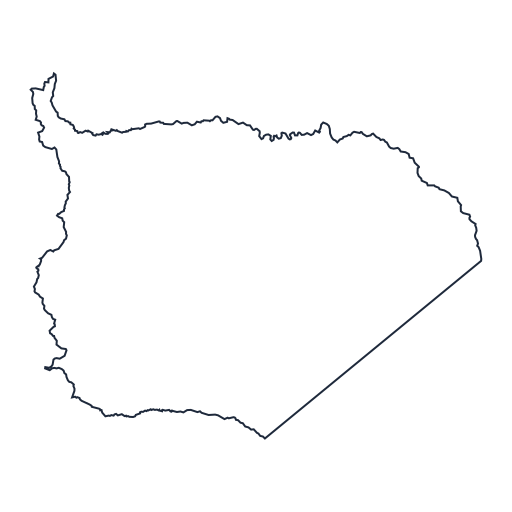 outline of Ñorquín, Neuquén, Argentina
{"feature_id": "61730980B83392374898421", "entity_name": "Ñorquín", "entity_type": "district", "adm_level": 2, "iso_a3": "ARG", "parent_name": "Argentina", "parent_adm1": "Neuquén", "projection": "mercator", "projection_center": [-70.939, -37.623], "detail": "fine", "context": "isolated", "style": "outline", "palette": "slate", "viewbox_px": 512, "rotation_deg": 0, "n_neighbors": 0, "source": "geoboundaries", "source_scale": "gbopen_adm2", "svg_char_len": 5887}
<svg xmlns="http://www.w3.org/2000/svg" viewBox="0 0 512 512"><path d="M53.9,73.5L53.1,76.5L48.5,78.9L48.4,82.4L45.0,82.0L44.3,83.7L44.6,85.8L43.8,87.0L43.2,90.1L35.7,88.4L31.8,88.6L30.7,89.7L32.9,91.9L33.3,93.9L32.2,98.0L32.6,103.2L33.3,104.8L34.7,105.9L34.8,109.0L36.2,110.4L36.0,113.7L36.7,116.6L35.7,119.8L39.9,121.1L41.0,122.5L40.8,123.9L41.6,125.3L43.3,126.0L44.1,127.6L42.2,131.1L38.1,132.6L39.4,136.5L39.1,139.5L39.7,141.5L42.1,142.0L43.2,145.6L45.3,147.1L51.9,149.0L54.5,147.5L56.3,149.5L57.4,157.0L59.1,161.4L58.9,163.5L60.0,164.6L59.9,165.8L60.6,166.9L60.5,168.3L62.2,170.8L64.8,171.3L65.9,172.2L66.5,174.2L69.0,176.9L69.2,181.5L69.7,182.1L68.8,184.3L69.3,185.5L68.8,187.9L69.2,190.7L70.0,192.0L67.4,194.9L68.0,198.5L65.7,201.6L65.8,203.3L64.9,205.2L64.4,207.4L64.8,208.3L64.0,209.4L64.0,210.9L61.2,212.1L59.2,213.9L58.1,213.9L57.0,215.6L59.1,217.2L62.2,218.3L62.7,220.7L64.2,222.2L63.7,227.1L66.1,231.9L66.0,233.8L66.8,235.4L66.0,238.7L64.1,240.2L63.5,242.1L58.5,248.9L54.2,250.3L53.3,251.5L50.3,250.0L47.1,251.4L42.1,257.8L40.1,258.6L41.1,259.2L41.1,261.0L39.7,264.7L38.8,265.4L38.6,266.3L37.7,266.2L36.3,267.4L36.6,268.3L38.3,269.3L38.4,270.7L37.4,271.7L38.8,275.2L38.1,278.1L37.2,279.0L36.5,282.3L33.9,286.6L34.9,289.0L34.5,291.3L35.1,292.4L38.7,294.6L40.0,296.7L42.9,298.5L42.4,302.5L42.7,303.8L44.4,305.9L44.0,308.6L44.8,310.1L48.1,313.3L51.4,314.8L51.9,317.1L53.0,318.9L55.2,319.7L54.1,323.6L54.7,324.2L54.9,326.3L53.5,326.9L49.6,330.7L50.1,333.3L51.6,334.1L53.0,335.9L54.1,336.0L54.5,337.8L56.8,340.8L56.5,344.6L61.4,348.4L65.8,349.0L66.5,350.3L64.6,355.8L59.7,358.7L56.6,358.1L54.8,358.5L53.5,359.6L52.6,364.7L51.5,366.3L49.2,367.8L45.3,367.1L45.1,368.4L49.7,370.2L52.1,368.3L54.4,367.9L56.5,368.4L58.8,367.8L61.8,369.1L63.6,370.6L64.4,373.1L66.1,374.4L66.5,377.0L67.9,380.3L69.3,381.9L71.3,382.3L73.8,384.5L73.4,386.0L74.5,388.7L74.4,390.9L72.1,397.4L75.1,396.7L76.4,397.7L77.3,397.2L79.5,398.0L80.0,399.4L81.6,400.8L89.6,404.5L91.6,405.8L91.8,406.8L99.1,408.7L100.1,409.3L100.2,410.3L101.5,410.1L102.2,412.6L105.4,416.3L108.7,415.6L109.9,415.9L111.3,415.1L113.6,415.6L114.5,414.4L116.1,413.9L117.8,415.4L121.8,414.2L124.6,416.1L126.1,415.7L126.5,416.4L128.1,416.1L129.3,416.8L133.1,417.0L135.1,416.3L135.8,414.9L140.1,413.4L140.0,412.3L141.3,411.7L143.0,411.9L145.1,410.6L146.5,411.1L147.6,410.2L148.2,410.5L150.7,409.3L151.3,410.0L153.3,409.3L154.8,409.9L157.0,409.6L158.6,410.4L159.3,409.8L159.5,410.6L162.0,411.2L162.0,410.2L162.6,409.8L165.3,410.6L169.1,409.9L170.3,411.2L171.5,410.7L171.6,411.5L172.7,410.9L176.9,412.0L180.4,411.5L183.4,412.4L187.1,410.1L190.8,409.9L197.4,412.1L200.0,411.3L201.6,412.8L208.6,415.0L215.1,414.6L218.0,415.3L224.5,419.1L227.6,417.7L228.8,418.3L233.5,417.2L234.7,417.5L235.5,418.3L235.9,419.8L238.1,420.2L240.5,422.7L242.8,423.2L245.2,426.5L248.5,427.4L251.1,429.6L253.7,429.3L257.0,432.9L258.4,433.5L260.2,435.9L262.9,436.5L264.9,438.5L481.1,260.9L481.3,259.0L480.1,250.8L478.6,247.1L477.2,245.8L478.0,243.6L477.1,240.2L475.9,238.8L475.1,236.8L475.0,235.2L476.6,230.8L476.2,227.8L475.2,225.3L475.6,224.0L471.4,221.3L469.5,219.2L469.4,217.9L470.1,216.6L469.4,214.7L463.2,213.1L460.9,211.3L460.7,206.5L461.1,205.1L457.9,201.3L457.3,197.8L451.9,196.5L448.9,193.0L444.3,190.4L439.5,189.2L438.7,187.7L435.0,186.3L434.2,185.4L427.7,185.4L426.9,183.0L421.7,180.7L421.2,178.5L418.7,176.1L417.5,172.9L417.7,168.2L418.9,167.3L418.9,166.7L414.7,162.7L413.1,158.3L409.6,157.7L408.7,154.0L405.5,152.2L400.7,151.5L399.3,149.1L397.7,147.9L393.7,148.7L390.7,148.0L389.1,146.6L386.9,142.5L385.3,141.7L384.0,139.9L382.8,139.5L380.6,140.0L379.3,138.3L376.4,137.0L373.1,133.6L371.8,134.1L370.6,135.4L366.8,136.3L362.9,133.9L361.6,132.1L360.8,132.0L359.8,133.0L354.1,131.8L352.5,132.7L350.3,135.4L348.7,134.8L346.8,136.1L343.4,137.0L342.7,138.5L339.9,139.5L337.3,142.4L335.5,140.5L333.4,139.6L331.7,137.5L330.1,133.6L329.8,129.0L328.8,125.8L326.8,124.0L323.2,122.5L321.2,124.6L320.6,128.0L319.2,130.6L319.9,131.7L319.2,132.6L315.2,130.5L313.2,134.0L311.0,135.1L307.1,133.1L304.1,134.7L301.7,134.9L299.9,132.8L298.9,132.5L298.1,133.1L297.4,135.4L295.9,135.4L295.0,135.4L294.0,132.6L292.7,132.5L290.1,134.3L289.8,135.0L291.3,138.0L290.7,139.2L289.7,139.4L288.5,138.6L285.5,133.5L282.2,132.6L281.4,133.2L281.8,135.7L280.8,138.1L278.8,138.7L277.1,137.4L276.5,135.5L275.1,136.3L274.1,135.8L273.6,136.5L273.9,138.3L273.6,139.8L271.7,141.0L270.3,139.4L270.8,135.9L268.4,134.4L266.1,134.7L263.9,136.0L263.1,138.3L261.5,139.1L259.2,136.1L259.8,132.7L259.6,131.2L256.8,128.8L255.8,128.8L254.0,130.0L252.9,129.7L250.0,125.4L246.8,125.2L243.0,122.6L238.5,124.1L232.6,120.0L229.6,119.6L229.1,118.8L227.5,118.2L227.1,121.8L223.3,122.8L221.0,120.8L220.0,118.1L217.5,116.4L215.5,116.8L212.5,120.3L211.1,120.2L209.9,121.2L209.3,120.7L203.6,120.3L202.9,121.2L201.4,121.3L200.7,122.5L196.9,121.7L194.7,124.3L191.8,125.3L187.4,122.7L183.6,122.9L181.7,123.6L177.3,121.0L176.4,121.1L173.0,124.1L171.3,124.4L163.8,123.9L163.2,122.8L160.3,122.6L159.7,121.5L158.9,121.4L151.1,123.6L146.6,123.8L145.1,124.5L145.2,126.2L144.8,126.9L140.0,129.0L138.8,128.3L132.3,129.2L131.5,128.7L130.9,130.1L129.1,130.1L127.8,131.5L126.3,131.0L126.0,131.8L123.1,132.0L122.1,132.7L117.6,131.0L116.8,130.1L115.9,130.8L111.4,129.3L111.2,129.8L111.9,130.5L110.7,130.8L109.8,132.3L107.5,132.1L108.5,133.1L107.8,133.9L105.3,133.8L103.3,132.4L102.1,133.2L102.8,134.4L102.5,134.8L101.3,134.0L98.7,134.7L96.5,134.3L95.6,135.6L93.2,135.1L92.2,133.7L92.5,133.1L88.2,130.7L87.8,131.5L85.6,130.7L82.2,132.8L80.1,132.1L78.5,133.0L77.8,132.8L77.3,131.1L75.0,130.7L75.0,129.6L73.7,128.5L74.1,127.5L73.7,126.3L72.8,124.9L70.4,124.3L70.3,122.7L69.3,122.7L67.8,121.3L65.4,121.1L64.4,119.3L60.7,118.5L58.7,117.3L57.8,115.9L57.6,112.6L56.1,111.6L52.5,105.4L51.7,102.5L50.7,101.0L52.0,97.3L53.2,96.0L52.8,92.3L54.4,88.2L54.8,84.0L56.1,80.7L55.5,74.7L53.9,73.5Z" fill="none" stroke="#1e293b" stroke-width="2"/></svg>